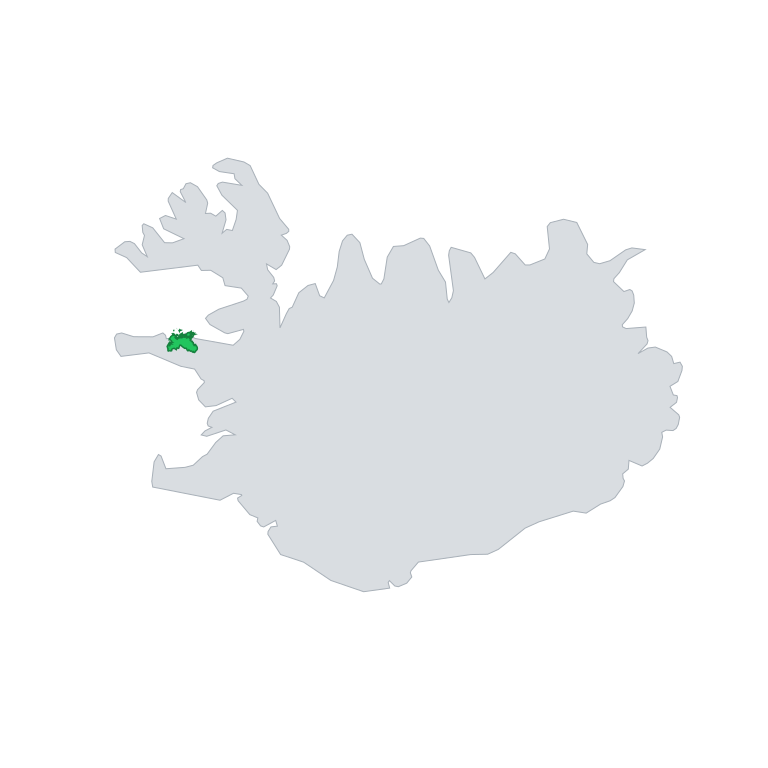 location of Helgafellssveit, Vesturland, Iceland, rotated 15°
{"feature_id": "244011B42475995928988", "entity_name": "Helgafellssveit", "entity_type": "district", "adm_level": 2, "iso_a3": "ISL", "parent_name": "Iceland", "parent_adm1": "Vesturland", "projection": "orthographic", "projection_center": [-22.792, 64.982], "detail": "fine", "context": "in_parent", "style": "filled", "palette": "green", "viewbox_px": 768, "rotation_deg": 15, "n_neighbors": 0, "source": "geoboundaries", "source_scale": "gbopen_adm2", "svg_char_len": 9003}
<svg xmlns="http://www.w3.org/2000/svg" viewBox="0 0 768 768"><g transform="rotate(15 384 384)"><path d="M555.2,212.2L561.2,212.0L570.4,206.4L582.7,191.9L588.2,188.4L601.5,186.6L586.9,201.1L582.5,215.5L578.8,222.8L579.2,225.7L591.8,232.6L597.0,229.1L599.6,229.9L602.2,233.5L604.8,241.0L604.8,249.2L602.5,257.7L598.8,265.1L599.7,267.1L603.5,267.8L622.2,261.2L625.6,270.8L627.8,273.8L627.7,277.3L621.5,288.9L629.6,281.0L636.5,278.1L649.1,279.8L654.7,282.9L658.6,289.3L664.3,286.3L667.6,289.7L668.3,293.8L667.2,305.5L660.8,312.2L666.3,319.7L670.0,319.4L671.0,321.1L671.3,326.0L666.4,332.5L676.7,337.5L678.2,339.7L678.7,347.0L677.7,351.3L675.2,354.2L668.5,355.5L664.8,358.8L666.8,363.0L667.2,375.5L663.3,386.3L659.0,392.3L654.5,396.4L640.4,394.4L642.0,403.0L637.8,409.0L639.4,413.3L641.4,415.4L641.3,421.2L636.5,433.9L632.6,438.3L624.2,444.0L612.7,456.4L599.7,457.8L569.4,477.0L557.6,486.7L537.3,514.1L528.2,521.6L511.9,526.3L463.3,547.1L458.4,557.4L458.3,559.5L460.8,563.2L457.5,570.5L450.3,576.1L446.7,576.3L440.1,572.5L439.4,574.6L442.3,579.7L418.1,589.9L383.5,587.5L352.5,576.9L328.3,575.5L310.7,559.2L310.2,556.5L311.8,551.3L317.8,548.9L314.7,543.8L304.8,553.2L301.5,553.0L297.0,549.5L296.8,546.0L288.2,544.9L273.3,534.5L272.1,532.1L275.5,528.4L274.9,527.7L266.9,528.5L255.7,538.7L187.3,543.4L184.9,538.2L182.1,518.7L184.4,510.5L187.3,511.3L195.3,522.3L213.4,516.0L220.8,511.8L227.5,501.1L231.3,497.6L236.6,484.0L242.0,475.7L253.4,471.6L243.2,469.3L226.3,480.4L220.6,480.5L223.2,475.7L229.0,470.4L225.0,470.0L223.4,467.7L223.2,462.6L226.0,454.5L245.7,439.8L241.0,437.1L227.4,448.3L217.4,452.3L209.1,447.3L205.1,440.6L205.4,437.7L210.1,429.0L209.3,427.3L206.0,426.5L197.2,418.6L183.3,419.5L148.9,414.8L122.8,425.4L116.6,420.2L111.7,409.2L112.8,405.0L117.4,402.6L130.0,403.1L148.7,398.2L157.2,391.9L160.4,393.5L162.0,396.6L173.5,391.8L179.5,386.2L189.8,388.9L228.3,385.6L233.2,378.2L235.0,369.4L234.1,367.6L220.1,375.8L216.9,375.8L200.5,371.6L194.6,366.8L196.5,362.9L205.1,354.5L226.8,340.3L229.8,337.5L230.1,334.2L221.4,328.3L205.0,330.1L200.8,323.1L187.2,319.0L178.2,321.6L173.4,317.4L119.8,339.1L102.7,328.5L90.4,326.5L89.3,323.3L96.8,313.7L101.7,312.0L106.6,313.0L116.0,320.1L122.4,322.3L114.4,312.1L114.2,302.5L111.8,300.0L109.4,293.5L110.5,291.4L120.2,293.0L135.5,304.3L143.2,302.4L153.2,295.4L131.0,291.1L124.4,282.2L129.3,277.8L140.7,278.5L128.2,263.2L127.6,260.6L129.9,253.9L145.6,260.0L137.4,250.9L137.2,248.9L139.6,247.3L140.9,241.8L144.9,239.7L152.8,241.7L165.2,252.1L166.9,255.0L167.4,265.5L172.3,263.9L178.1,265.4L182.9,258.2L186.2,259.9L188.9,266.3L188.6,280.3L192.0,275.4L197.8,275.0L198.6,263.4L197.5,254.2L178.6,243.6L171.2,235.8L172.0,233.2L175.7,230.8L195.3,228.9L186.9,224.3L184.8,219.7L170.0,221.4L162.5,219.5L162.3,217.1L165.3,213.6L174.3,206.4L191.3,205.8L198.2,207.7L211.5,223.5L222.2,229.8L240.3,251.1L251.9,259.2L252.5,261.2L250.7,263.8L246.3,266.8L253.2,270.3L257.4,275.8L257.8,278.3L254.4,295.7L250.2,301.4L239.4,298.4L242.1,303.8L249.9,309.6L251.7,312.8L250.6,316.1L254.2,315.0L255.4,316.8L254.0,326.7L252.1,330.3L258.6,332.1L263.1,336.9L269.0,356.7L271.5,341.3L272.9,335.7L275.5,333.5L278.1,317.9L285.1,308.5L291.6,304.8L299.0,315.4L304.0,316.3L308.5,297.0L308.6,283.0L306.4,267.6L306.9,256.5L310.0,249.8L314.3,247.6L324.1,253.7L332.7,268.7L345.5,284.8L354.1,288.6L355.5,288.0L356.7,282.5L354.3,260.6L357.5,248.7L367.2,245.3L381.3,233.7L384.7,233.1L392.4,238.9L407.0,260.0L417.0,269.6L423.1,285.6L425.6,288.5L427.2,283.2L426.9,275.9L413.1,242.9L412.6,238.4L413.5,234.6L433.9,234.9L438.7,238.3L454.3,256.4L460.6,248.0L472.4,224.0L477.1,224.3L489.6,232.5L494.2,231.2L507.0,221.6L508.9,210.7L500.9,189.7L502.9,185.1L514.8,178.4L528.4,178.1L544.6,196.5L546.2,205.8L555.2,212.2Z" fill="#d9dde1" stroke="#a8b0b8" stroke-width="1"/><path d="M166.5,397.3L166.7,397.0L167.3,397.2L167.8,397.6L168.4,398.4L168.3,398.5L168.6,398.6L167.3,399.0L167.3,399.4L167.9,399.5L167.7,399.8L167.8,400.1L168.3,400.3L167.5,400.5L167.2,401.5L167.2,402.4L166.9,402.5L166.5,401.6L166.4,401.0L167.0,399.4L166.7,398.9L166.1,399.0L165.1,402.6L165.3,403.3L164.8,403.7L165.4,404.7L165.6,405.2L166.2,405.7L166.3,406.6L166.6,407.0L166.7,407.8L167.2,407.9L167.3,407.5L169.7,407.2L170.3,406.7L170.2,406.2L170.0,405.8L170.2,405.1L172.0,403.8L174.5,404.6L174.7,402.7L176.4,402.7L176.8,399.3L177.0,399.2L177.8,399.1L179.5,400.1L182.2,401.1L183.8,400.7L185.2,402.3L185.9,402.7L186.5,402.4L186.7,401.6L188.5,402.4L189.2,402.0L189.9,402.1L190.3,402.5L191.1,402.7L191.6,402.1L191.9,402.6L192.6,402.7L193.5,401.6L193.6,400.7L194.4,399.5L194.6,398.8L194.5,397.9L194.1,396.9L193.0,395.7L192.2,395.6L191.8,394.6L190.8,394.8L191.4,395.8L190.6,396.0L190.3,395.5L190.3,395.2L189.4,394.8L189.1,393.5L188.2,393.2L187.9,392.5L187.4,392.8L186.5,392.2L185.8,392.1L185.9,391.9L185.7,391.6L185.8,391.4L185.6,391.3L185.8,390.9L186.2,390.6L185.5,390.9L185.7,390.7L185.0,390.4L185.3,390.1L185.1,390.0L185.5,389.7L185.2,389.6L185.1,389.4L185.3,389.2L185.2,389.1L186.4,388.7L186.2,388.5L185.6,388.8L185.8,388.3L184.7,388.8L185.0,389.2L184.7,389.1L184.9,389.4L184.4,389.7L184.6,389.4L184.1,389.5L184.3,389.2L183.9,389.2L184.3,389.0L184.1,388.9L182.1,390.2L182.2,389.9L182.2,389.7L181.8,389.8L181.8,389.4L182.2,389.4L182.5,388.9L182.9,389.2L183.1,388.9L183.0,388.7L183.9,388.3L184.1,387.8L184.4,388.0L184.6,387.8L184.6,387.4L184.6,386.7L185.7,386.5L186.1,386.0L185.4,386.3L185.2,386.2L185.3,386.0L185.2,385.8L185.4,385.8L185.3,385.6L185.1,385.7L185.1,386.2L184.8,386.2L185.0,386.4L184.8,386.5L183.6,386.4L184.6,386.1L184.8,385.8L184.3,386.1L184.1,385.9L184.6,385.3L185.4,384.8L184.6,384.8L184.9,384.3L184.2,384.1L184.6,383.7L184.4,383.4L183.9,383.7L183.9,383.4L182.5,385.0L181.7,385.0L181.0,385.5L180.8,385.8L180.7,386.4L179.3,387.7L177.2,388.6L176.7,388.0L176.1,388.5L175.9,388.3L175.9,388.0L175.8,387.9L175.8,387.6L175.5,388.0L175.6,387.8L175.4,387.7L175.0,388.1L175.1,388.4L176.2,388.8L176.7,388.6L176.8,389.0L177.4,388.8L177.3,389.0L178.5,388.7L179.0,389.3L179.6,388.6L181.2,388.1L180.0,388.8L180.4,388.8L180.0,389.1L180.5,389.6L180.3,389.9L180.0,389.7L180.2,390.0L179.9,390.3L180.1,390.0L179.4,390.4L178.2,390.4L176.8,391.7L176.0,391.9L175.7,391.6L174.8,391.8L174.1,392.7L173.8,392.4L172.9,392.6L172.7,392.9L172.9,392.8L172.8,393.2L172.5,393.4L172.9,393.4L172.9,393.9L172.7,394.3L172.3,394.2L172.1,393.6L171.3,393.6L171.7,392.7L171.1,392.3L170.7,392.5L170.8,392.3L170.6,392.3L170.4,391.7L170.0,391.6L170.3,391.2L168.7,391.2L167.1,391.7L165.8,393.4L165.6,394.5L164.8,396.2L165.1,396.9L165.4,396.6L166.1,396.6L166.6,397.0L166.5,397.3ZM176.5,390.3L175.6,390.4L175.7,390.5L175.5,391.1L175.6,391.4L176.5,390.3ZM167.2,389.9L167.0,390.2L166.8,390.3L167.1,390.5L167.1,390.3L167.6,390.0L167.2,389.9ZM175.2,389.4L174.9,389.1L174.5,389.5L175.2,389.4ZM187.2,383.9L186.6,383.8L186.6,384.0L187.2,383.9ZM187.8,384.7L188.1,385.1L188.6,384.8L188.3,384.8L187.8,384.7ZM170.9,391.7L170.6,391.3L170.5,391.9L170.8,391.8L170.9,391.7ZM187.1,385.5L186.7,385.7L187.4,385.5L187.1,385.5ZM174.6,391.2L174.4,391.1L174.1,391.3L174.3,391.5L174.6,391.2ZM186.1,390.2L186.4,389.9L185.8,390.3L186.1,390.2ZM175.2,388.6L174.8,388.6L174.7,388.8L175.2,388.6ZM186.3,385.6L185.7,385.7L186.1,385.7L186.3,385.6ZM173.0,392.3L173.2,392.2L173.0,392.3ZM172.5,390.1L172.9,389.9L172.5,390.1ZM172.3,390.6L172.1,390.3L172.0,390.5L172.3,390.6ZM186.5,383.8L186.4,383.7L186.2,383.8L186.3,383.9L186.5,383.8ZM171.3,389.9L171.1,389.8L170.8,390.0L171.3,389.9ZM167.0,386.8L167.0,386.7L166.6,386.8L167.0,386.8ZM182.5,384.7L182.3,384.7L182.1,384.9L182.5,384.7ZM176.3,389.3L176.1,389.2L175.9,389.4L176.1,389.4L176.3,389.3ZM185.4,387.4L185.1,387.6L185.4,387.4ZM185.9,387.6L186.0,387.5L185.7,387.7L185.9,387.6ZM172.2,385.4L172.4,385.6L172.3,385.2L172.2,385.4ZM174.0,391.0L173.7,391.0L173.9,391.1L174.0,391.0ZM175.7,389.6L175.7,389.4L175.5,389.5L175.7,389.6ZM167.5,390.6L167.4,390.5L167.2,390.7L167.5,390.6ZM175.9,391.4L176.1,391.4L175.8,391.3L175.9,391.4ZM173.2,385.1L173.3,385.0L173.0,385.0L173.2,385.1ZM169.0,390.8L168.9,390.7L168.8,390.8L169.0,390.8ZM187.0,387.5L187.0,387.4L186.7,387.5L187.0,387.5ZM186.4,385.9L186.6,385.8L186.3,385.9L186.4,385.9ZM186.7,385.0L186.9,385.0L187.0,384.8L186.7,385.0ZM186.1,385.8L185.9,385.9L186.0,386.0L186.1,385.8ZM186.8,385.1L187.0,385.1L186.8,385.1ZM184.5,389.2L184.4,389.1L184.5,389.2ZM173.9,384.7L174.0,384.6L173.8,384.6L173.9,384.7ZM185.0,387.8L184.9,387.6L185.0,387.8ZM185.0,385.4L184.9,385.4L184.8,385.5L185.0,385.4ZM175.0,388.3L175.0,388.2L174.9,388.3L175.0,388.3ZM183.0,389.2L182.8,389.3L183.0,389.3L183.0,389.2ZM184.7,386.3L184.8,386.3L184.7,386.2L184.7,386.3ZM187.3,385.0L187.4,384.9L187.2,385.0L187.3,385.0ZM187.3,385.7L187.4,385.8L187.4,385.7L187.3,385.7ZM188.6,385.5L188.7,385.4L188.6,385.5L188.6,385.5ZM185.8,387.0L185.9,386.9L186.0,386.9L185.8,387.0ZM168.6,391.0L168.7,390.9L168.6,391.0ZM187.4,385.4L187.5,385.3L187.4,385.4L187.4,385.4ZM169.6,384.2L169.8,384.1L169.6,384.2ZM185.9,381.5L185.9,381.4L185.9,381.5ZM172.2,390.2L172.3,390.2L172.2,390.2ZM187.2,385.7L187.3,385.6L187.2,385.7Z" fill="#22c55e" stroke="#15803d" stroke-width="1.5"/></g></svg>